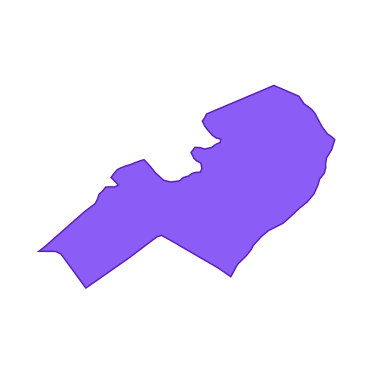 outline of Frei Martinho, Paraíba, Brazil, rotated 207°
{"feature_id": "56859067B64708256874841", "entity_name": "Frei Martinho", "entity_type": "district", "adm_level": 2, "iso_a3": "BRA", "parent_name": "Brazil", "parent_adm1": "Paraíba", "projection": "albers", "projection_center": [-36.44, -6.407], "detail": "fine", "context": "isolated", "style": "filled", "palette": "violet", "viewbox_px": 384, "rotation_deg": 207, "n_neighbors": 0, "source": "geoboundaries", "source_scale": "gbopen_adm2", "svg_char_len": 1241}
<svg xmlns="http://www.w3.org/2000/svg" viewBox="0 0 384 384"><g transform="rotate(207 192 192)"><path d="M85.7,277.6L87.6,283.6L86.8,293.0L88.5,303.4L92.2,304.5L97.8,305.3L105.8,309.2L118.4,318.0L122.9,319.9L132.3,321.5L140.2,325.8L167.4,324.1L214.4,268.2L214.4,263.3L215.0,260.0L210.7,256.6L206.0,254.3L199.7,251.8L194.8,251.1L190.5,252.2L189.3,248.9L192.3,245.5L194.9,240.4L200.5,235.9L204.8,235.3L209.6,233.1L210.8,226.8L205.4,222.8L202.0,221.8L197.2,221.8L193.8,217.2L193.6,213.5L197.9,210.9L200.6,208.3L202.2,204.8L206.2,201.0L208.2,196.3L215.2,191.4L222.7,189.5L233.3,192.5L239.9,195.5L249.4,199.0L252.4,196.2L256.2,192.1L259.2,188.5L262.5,185.5L266.2,181.4L268.6,178.1L269.9,173.2L270.7,168.2L266.4,166.8L260.7,164.7L263.4,161.2L267.0,159.6L271.2,157.1L272.1,152.1L273.8,147.9L273.0,142.7L273.0,137.7L279.1,125.0L286.1,107.4L298.3,76.5L301.5,69.6L290.3,75.3L286.3,77.2L280.4,77.2L243.0,58.2L218.3,104.5L203.0,136.0L199.5,139.5L183.9,139.0L179.1,138.6L161.8,137.7L134.1,136.2L119.0,134.1L118.6,148.2L114.6,160.1L113.1,167.5L113.2,172.0L110.0,183.8L106.3,192.5L96.9,205.2L94.1,212.0L88.6,227.2L85.0,235.0L82.5,245.4L82.9,255.4L84.2,261.4L82.6,268.7L83.9,274.5L85.7,277.6Z" fill="#8b5cf6" stroke="#5b21b6" stroke-width="1.5"/></g></svg>